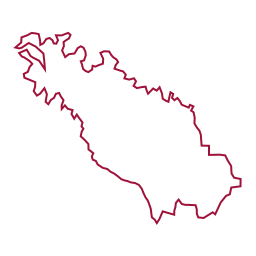 Salgado Filho, Paraná, Brazil
{"feature_id": "56859067B54894241849206", "entity_name": "Salgado Filho", "entity_type": "district", "adm_level": 2, "iso_a3": "BRA", "parent_name": "Brazil", "parent_adm1": "Paraná", "projection": "natural_earth1", "projection_center": [-53.439, -26.139], "detail": "fine", "context": "isolated", "style": "outline", "palette": "rose", "viewbox_px": 256, "rotation_deg": 0, "n_neighbors": 0, "source": "geoboundaries", "source_scale": "gbopen_adm2", "svg_char_len": 2398}
<svg xmlns="http://www.w3.org/2000/svg" viewBox="0 0 256 256"><path d="M91.8,156.6L92.8,159.7L95.8,160.9L97.7,164.5L102.7,167.8L107.3,169.0L110.6,171.8L113.9,173.4L117.6,176.1L121.3,179.2L124.4,180.4L127.4,181.0L130.7,182.4L135.0,183.0L138.9,184.9L141.7,188.6L143.6,193.3L145.6,197.5L147.7,200.4L149.3,204.5L150.8,209.0L151.3,213.2L151.9,217.3L154.8,219.7L156.8,223.1L159.4,219.1L162.7,211.4L174.2,214.7L174.3,210.6L175.4,207.1L175.9,202.9L178.6,199.6L181.8,204.0L185.5,204.9L189.1,204.9L195.6,205.2L196.8,209.4L196.8,213.7L198.3,217.4L203.6,218.0L212.7,212.3L215.2,214.3L220.8,202.3L222.7,200.0L226.0,195.9L229.8,194.3L231.3,187.5L240.5,186.3L240.6,179.0L234.1,177.7L231.6,173.6L231.3,169.7L231.2,166.1L227.8,160.6L225.2,155.4L220.0,154.7L209.0,154.9L209.0,145.8L201.6,145.6L200.8,134.7L199.5,130.9L196.4,126.8L194.4,123.3L194.7,117.8L193.6,112.3L191.1,110.6L193.4,106.4L189.9,104.9L188.7,107.6L181.7,104.7L179.9,101.2L177.4,98.0L174.5,100.2L172.0,97.8L173.2,94.0L170.5,92.3L169.5,96.5L168.4,101.8L165.7,100.6L162.7,98.7L162.0,93.5L159.6,87.3L156.7,90.6L153.1,88.5L150.9,90.8L148.1,93.7L146.7,90.6L145.6,86.7L141.8,87.1L136.9,88.1L133.6,85.9L136.0,81.4L134.0,78.3L129.1,79.6L124.4,78.4L125.8,74.7L123.1,71.4L120.2,70.6L114.5,68.7L115.8,64.9L118.1,62.1L116.5,59.5L113.3,57.3L111.2,55.0L109.2,51.5L104.0,51.3L100.4,52.9L103.2,58.8L102.9,63.7L98.1,65.4L95.5,66.6L92.6,65.8L92.1,69.6L88.3,72.1L85.4,70.9L83.1,68.9L81.9,64.2L80.8,61.3L84.0,60.4L85.8,55.4L85.4,51.6L83.5,47.7L80.8,46.3L77.8,48.0L74.5,53.5L68.9,54.2L65.2,57.1L62.1,50.5L63.9,46.1L63.6,42.0L66.1,40.2L68.9,38.5L70.5,34.9L68.2,32.9L65.5,33.9L61.7,35.4L56.0,35.3L58.0,40.2L56.3,43.7L53.7,43.4L52.6,40.4L49.6,38.0L46.3,39.0L43.4,43.3L40.3,44.9L40.1,40.6L38.7,34.1L36.0,33.5L31.7,32.9L27.2,35.3L21.5,37.4L21.2,42.5L15.4,47.5L19.1,48.4L21.7,47.7L28.7,43.0L35.7,46.6L43.4,53.5L44.2,60.3L44.9,69.3L39.1,60.7L33.3,57.8L30.5,56.0L26.7,49.7L19.1,53.0L21.8,56.5L24.4,57.5L29.7,61.1L32.3,63.9L29.7,66.8L27.8,71.9L23.8,73.9L24.4,77.7L35.3,82.2L35.1,86.8L33.7,91.1L36.9,95.6L40.1,93.7L44.4,88.2L46.9,94.2L45.6,101.8L48.3,104.2L50.9,99.9L54.0,97.9L55.9,93.8L59.2,93.0L60.6,96.1L63.5,100.2L61.6,105.6L61.7,109.0L64.9,105.4L67.8,108.8L72.6,110.1L71.5,114.0L74.2,118.7L76.8,114.6L79.1,118.0L82.5,122.5L81.5,126.4L83.4,128.7L81.7,131.6L80.7,136.3L84.6,139.9L88.4,144.0L88.5,149.4L93.3,153.2L91.8,156.6Z" fill="none" stroke="#9f1239" stroke-width="2"/></svg>